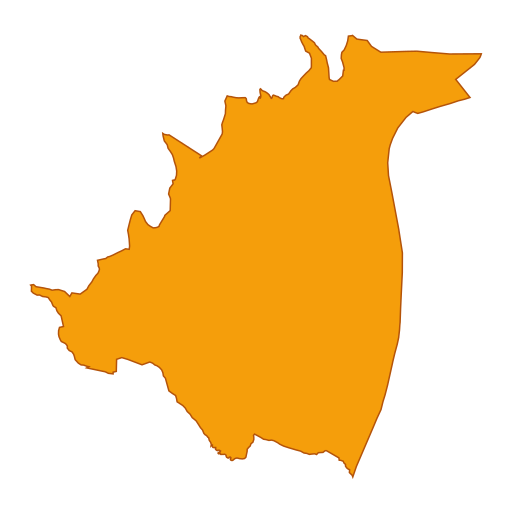 the district of Techaluta de Montenegro, Jalisco, Mexico
{"feature_id": "50627088B22644840277804", "entity_name": "Techaluta de Montenegro", "entity_type": "district", "adm_level": 2, "iso_a3": "MEX", "parent_name": "Mexico", "parent_adm1": "Jalisco", "projection": "robinson", "projection_center": [-103.587, 20.094], "detail": "fine", "context": "isolated", "style": "filled", "palette": "amber", "viewbox_px": 512, "rotation_deg": 0, "n_neighbors": 0, "source": "geoboundaries", "source_scale": "gbopen_adm2", "svg_char_len": 5886}
<svg xmlns="http://www.w3.org/2000/svg" viewBox="0 0 512 512"><path d="M352.8,476.9L356.4,466.4L369.4,436.1L373.3,427.0L377.0,418.2L381.0,409.6L383.0,401.5L385.0,395.1L387.6,385.0L392.6,362.6L392.6,362.4L394.7,353.6L397.1,344.7L397.2,344.4L398.7,337.4L398.7,337.1L399.5,330.1L399.8,325.2L400.1,322.2L400.6,308.0L401.2,294.9L402.3,272.6L402.4,252.9L398.8,229.8L398.8,229.6L391.8,192.3L388.5,175.6L387.7,162.7L389.2,148.7L390.2,144.9L392.6,138.3L397.8,127.9L406.1,117.3L412.9,111.5L415.3,112.5L417.7,113.4L423.1,111.9L432.2,108.9L439.8,106.5L450.3,103.5L458.3,100.8L464.7,99.2L470.0,97.5L455.9,79.6L455.7,79.4L474.5,64.4L477.6,60.5L479.9,57.5L480.7,55.6L481.3,53.8L449.6,54.0L432.6,52.6L416.9,51.2L406.5,51.4L380.8,52.2L371.5,46.4L367.2,40.5L356.9,39.1L352.5,35.4L351.6,35.7L348.4,36.1L347.7,40.9L346.3,45.4L344.2,49.9L341.9,52.3L341.4,54.8L341.2,58.4L342.6,62.1L344.1,67.8L344.0,70.3L343.4,70.3L342.7,76.0L339.0,79.7L338.1,80.3L337.3,81.2L333.4,81.3L329.5,79.5L329.1,77.5L328.5,67.8L327.2,62.8L326.5,59.3L325.6,55.7L324.3,54.9L321.5,51.5L318.6,48.4L317.7,46.8L316.0,45.5L315.2,44.4L314.5,42.8L312.3,41.0L309.7,39.0L308.0,37.8L307.5,36.7L305.5,35.6L303.5,36.6L302.3,35.5L300.8,35.1L300.7,35.8L300.2,36.4L300.1,38.2L300.6,39.2L301.6,41.8L302.9,44.3L304.4,46.9L304.4,47.4L305.7,51.1L309.5,53.2L311.4,58.2L311.4,65.9L311.3,67.7L308.9,70.7L306.3,73.0L303.9,75.5L301.0,78.6L299.4,81.2L298.1,84.8L295.3,87.4L292.7,88.9L291.0,90.6L288.6,94.0L286.1,95.1L284.3,96.7L283.8,97.4L283.5,98.6L282.8,98.8L281.5,98.6L280.5,98.2L279.0,97.4L278.2,96.7L277.4,96.5L275.9,96.1L275.2,95.7L273.4,95.1L272.8,95.5L272.3,96.6L272.1,97.7L271.4,98.3L270.9,97.9L270.4,96.8L269.6,95.7L269.0,94.6L267.4,93.2L266.1,92.3L264.7,91.5L263.6,91.2L262.0,90.4L261.1,89.3L260.4,88.8L259.9,89.5L260.0,91.1L260.1,92.5L260.5,94.2L260.8,95.6L260.7,97.2L260.0,98.7L260.3,97.4L259.7,96.7L259.1,97.2L258.6,98.3L258.2,99.3L257.4,101.7L256.0,102.8L254.0,103.4L252.2,103.9L250.7,103.8L248.4,103.3L247.0,102.1L246.5,100.7L246.3,98.8L245.5,97.8L245.0,97.6L244.7,97.7L242.8,97.7L238.7,97.9L236.0,97.7L232.9,97.1L231.4,96.7L229.1,96.5L227.2,95.9L224.9,101.0L225.0,101.7L225.9,105.8L225.5,110.3L225.4,113.7L224.1,117.9L223.5,119.8L222.5,122.4L221.8,124.8L222.2,128.3L222.5,131.7L222.2,134.0L214.0,148.6L212.5,150.1L204.5,155.3L199.4,158.1L201.5,155.8L169.1,134.9L167.5,135.0L164.3,134.4L162.8,133.4L163.1,136.0L164.3,140.9L167.2,144.7L168.1,148.3L170.4,151.5L172.4,154.7L173.5,157.9L174.3,161.3L176.0,166.6L176.7,171.1L176.5,175.3L175.3,179.2L174.6,180.1L173.4,180.1L172.5,180.4L173.1,183.8L169.8,188.1L168.6,194.0L170.4,198.3L170.5,199.3L170.5,199.5L170.2,210.6L164.9,215.3L164.5,216.6L162.3,220.2L160.0,224.0L159.3,225.3L159.1,226.2L158.8,226.5L157.3,227.3L155.5,227.7L153.2,227.9L150.3,226.3L147.9,224.6L145.5,221.5L144.4,218.9L142.9,215.7L140.3,211.6L135.1,210.7L131.8,214.9L130.4,219.5L129.2,224.2L127.7,230.3L128.5,234.6L129.1,238.8L129.4,242.9L129.6,246.1L129.2,249.3L125.5,248.8L121.7,250.8L117.8,252.6L113.1,255.0L109.6,256.5L107.6,257.0L105.8,258.5L103.7,258.9L97.5,260.3L98.2,263.7L98.2,266.0L99.3,268.1L99.4,269.7L98.8,271.4L97.9,273.3L95.9,275.4L93.5,278.8L91.9,281.8L88.8,285.8L87.0,289.2L84.1,291.3L80.2,294.1L71.9,292.9L69.8,296.5L64.6,291.5L58.6,289.6L55.6,289.7L52.1,290.2L49.3,289.1L46.5,288.6L43.9,288.0L36.0,286.7L33.6,284.6L31.0,285.0L30.7,285.1L31.5,285.9L31.5,288.5L31.4,291.2L33.3,293.1L37.1,295.1L39.6,295.0L42.6,296.5L46.0,296.9L48.3,297.6L49.7,299.8L51.5,302.0L52.8,305.2L53.5,306.3L55.9,307.7L56.9,310.8L58.5,313.3L60.9,315.6L61.1,315.8L63.5,326.5L59.5,327.4L58.6,330.6L58.5,334.1L59.0,336.7L60.3,339.8L61.3,341.5L63.8,342.7L65.5,343.6L67.3,345.8L67.3,348.1L69.2,350.5L72.0,351.9L73.6,354.2L74.3,356.2L75.2,359.7L76.3,360.9L78.3,363.1L81.1,364.9L83.7,365.1L86.9,366.3L88.8,366.7L86.7,367.9L105.3,371.8L108.3,373.3L113.1,373.9L113.1,372.2L116.3,371.4L116.6,359.3L121.8,357.6L127.8,359.4L136.2,362.6L142.0,364.8L149.8,362.0L151.8,362.8L152.7,363.2L154.9,365.0L156.9,365.7L159.4,367.4L161.7,369.9L162.9,372.8L163.4,375.9L165.4,378.2L168.9,390.9L172.3,393.4L175.6,395.5L176.5,398.4L177.1,401.8L182.8,405.5L185.3,408.1L187.2,411.5L190.2,414.3L192.2,417.6L196.1,420.8L198.5,424.5L200.5,427.7L202.5,430.0L203.9,433.4L205.2,434.8L206.0,435.2L206.7,435.8L207.2,436.3L207.7,437.1L208.6,437.7L209.3,440.4L210.7,442.4L211.0,443.5L211.3,444.1L211.1,445.7L211.7,445.0L212.4,445.0L212.4,445.5L212.3,446.4L212.9,447.4L213.7,447.6L214.5,447.5L215.7,447.5L215.7,447.9L215.7,448.3L215.7,448.5L215.4,448.9L215.6,449.3L215.8,449.5L216.1,449.9L216.8,450.4L217.3,450.6L217.9,450.2L218.3,450.2L218.7,450.2L219.0,450.2L219.4,450.3L219.6,450.4L219.8,450.5L219.9,450.9L220.5,451.1L220.3,451.5L219.9,451.9L218.3,452.5L218.1,453.3L218.6,453.8L220.3,453.5L220.4,454.1L220.7,454.4L221.1,454.5L221.7,454.3L222.2,454.4L222.6,454.4L223.4,454.4L223.7,454.4L224.2,454.2L224.7,454.2L225.0,454.4L225.9,455.1L226.1,455.3L226.2,456.4L226.6,457.2L227.6,457.8L228.1,458.1L228.6,457.9L228.9,457.7L229.0,457.4L229.6,457.1L230.3,457.1L230.5,457.2L230.8,457.6L230.9,457.9L230.8,458.3L230.4,458.7L230.4,459.6L230.9,460.2L231.8,460.5L232.6,460.4L233.5,459.8L233.8,459.4L234.3,459.1L234.6,458.7L235.3,458.5L235.9,458.2L236.5,458.1L237.7,458.1L239.4,458.6L242.4,458.9L244.6,458.5L245.9,457.2L246.5,454.2L247.1,451.5L247.2,449.2L248.7,447.4L250.2,446.0L250.9,443.9L251.7,443.1L252.8,442.4L253.8,439.5L253.8,437.3L253.5,435.3L253.9,434.9L254.5,434.1L256.1,434.9L260.9,437.5L263.5,439.2L266.1,439.6L268.9,440.4L271.5,440.1L273.9,440.7L277.7,442.7L279.8,444.2L283.7,446.1L288.6,447.7L296.0,449.9L300.6,451.1L304.0,453.0L306.8,453.4L309.4,454.4L311.4,454.1L314.7,453.8L316.6,454.5L318.3,452.7L323.0,452.4L325.1,450.7L326.5,450.7L326.8,450.9L329.8,452.6L338.9,457.9L339.2,460.2L340.6,460.3L343.2,461.2L344.1,463.2L345.5,464.4L345.5,466.1L346.6,467.8L348.2,469.1L349.6,469.7L349.4,472.6L352.2,475.3L352.8,476.9Z" fill="#f59e0b" stroke="#b45309" stroke-width="1.5"/></svg>